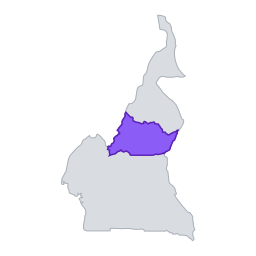 location of Adamaoua within Cameroon
{"feature_id": "CMR-1482", "entity_name": "Adamaoua", "entity_type": "Province", "adm_level": 1, "iso_a3": "CMR", "parent_name": "Cameroon", "parent_adm1": "", "projection": "robinson", "projection_center": [13.021, 7.091], "detail": "fine", "context": "in_parent", "style": "filled", "palette": "violet", "viewbox_px": 256, "rotation_deg": 0, "n_neighbors": 0, "source": "natural_earth", "source_scale": "10m", "svg_char_len": 7531}
<svg xmlns="http://www.w3.org/2000/svg" viewBox="0 0 256 256"><path d="M61.7,179.8L62.2,178.3L66.0,171.1L68.4,159.5L69.4,156.8L70.5,155.0L76.0,148.9L78.1,146.9L81.0,144.7L83.1,140.2L83.8,139.7L84.8,139.3L89.5,135.5L89.9,136.3L90.2,137.2L90.5,137.6L92.0,137.9L94.1,137.9L95.3,137.6L96.0,136.8L96.6,134.7L97.0,134.3L97.5,134.2L99.8,135.7L103.6,139.9L104.5,140.6L104.9,141.4L105.7,145.2L106.2,146.2L107.0,146.6L108.5,146.3L110.0,145.6L111.3,144.7L112.7,143.4L113.6,142.3L114.0,141.4L114.2,138.3L114.5,137.7L119.4,133.2L119.2,132.7L118.4,131.5L117.7,130.1L118.4,128.6L119.2,127.5L122.1,123.8L122.2,121.1L124.5,116.8L125.8,111.2L125.8,110.1L128.8,103.9L131.9,103.4L133.1,102.5L134.5,101.0L135.4,99.5L135.8,98.2L136.1,95.6L136.7,92.6L137.0,89.9L137.9,87.5L139.5,86.3L142.2,85.3L142.6,84.8L143.0,83.2L143.4,77.8L143.9,75.5L146.4,72.8L147.5,68.6L148.5,64.2L151.3,58.9L154.7,53.7L156.2,52.2L157.5,51.6L159.0,51.5L160.0,51.1L163.6,48.5L165.1,47.6L166.2,46.7L166.5,45.9L166.6,44.7L166.3,42.0L166.9,40.0L167.2,36.9L167.4,34.5L167.2,33.7L166.6,32.3L165.5,30.8L163.7,29.9L161.2,29.6L159.9,29.1L159.4,26.3L159.3,24.6L157.6,15.4L160.7,15.4L164.5,16.5L165.4,17.3L165.9,20.5L167.3,22.2L169.7,23.7L171.2,26.7L171.8,31.3L173.1,34.1L173.4,34.5L175.3,39.7L175.4,42.1L175.2,43.7L176.0,45.7L174.8,49.1L174.5,51.2L174.4,54.2L175.1,59.4L176.2,63.4L177.4,66.6L178.7,69.1L180.9,71.9L183.2,74.4L185.3,76.0L183.3,77.0L179.5,77.1L177.3,76.5L176.2,76.5L175.2,76.9L171.1,77.3L166.9,77.1L163.1,76.5L160.8,76.6L159.0,78.1L157.5,80.4L156.2,82.3L156.6,84.3L157.7,85.4L159.6,87.9L161.4,90.3L162.3,91.9L165.9,95.4L169.3,98.6L170.9,99.7L171.5,99.9L173.4,101.7L176.0,104.7L178.3,109.3L181.7,118.6L182.4,119.4L183.5,119.9L183.7,120.9L183.6,122.3L183.2,123.5L180.6,128.4L178.3,130.2L177.6,131.4L176.7,134.2L174.6,139.7L173.7,140.5L171.6,144.2L169.9,149.0L169.5,149.7L168.8,150.3L166.3,151.4L165.5,152.0L164.3,153.5L164.1,154.4L164.7,155.8L165.4,156.9L166.6,156.9L167.3,157.9L167.3,165.2L166.8,166.3L166.8,166.8L166.5,168.0L166.4,169.4L166.6,170.0L167.1,170.5L167.8,171.4L168.1,173.7L169.0,181.6L169.3,182.8L170.0,183.7L172.2,185.4L174.4,187.6L175.1,189.1L175.6,191.5L176.4,193.4L176.4,194.0L176.0,194.2L174.6,194.4L175.1,195.8L176.3,198.1L182.0,205.5L187.6,212.0L188.9,212.4L189.8,212.6L190.2,213.0L190.8,213.9L192.6,216.3L192.9,217.7L192.5,219.0L192.9,221.0L193.3,221.7L193.2,222.4L193.4,224.9L193.9,227.1L194.7,228.9L194.6,230.2L193.5,230.9L192.9,232.1L192.7,233.8L193.0,235.9L193.9,238.3L193.9,239.7L192.5,240.6L191.1,239.0L189.4,237.9L187.0,235.9L184.5,235.2L181.3,235.1L180.0,235.3L177.6,233.8L176.8,233.5L175.8,234.2L175.1,234.2L174.2,234.0L172.4,234.0L172.2,232.9L171.9,232.7L169.9,232.8L169.3,231.8L169.1,231.9L168.3,231.6L166.7,230.3L165.1,231.2L161.6,231.1L144.3,231.1L143.9,229.8L143.0,229.2L141.5,229.1L136.9,229.4L133.3,229.2L131.0,228.7L128.0,228.4L124.4,228.6L120.7,228.6L114.0,228.3L110.4,228.3L110.4,229.1L110.2,229.6L110.0,230.9L86.5,230.9L84.6,230.0L84.0,229.5L83.8,228.4L83.4,228.2L83.7,223.6L84.5,219.7L84.9,216.1L86.0,212.9L85.4,209.8L84.7,208.4L81.1,203.9L82.8,202.2L80.6,202.4L80.2,200.7L79.1,198.7L79.8,198.4L80.4,197.3L82.3,197.6L82.3,197.1L80.6,195.4L80.8,194.6L81.4,193.6L81.1,193.2L79.9,194.2L79.0,194.2L78.4,193.5L77.9,193.4L78.2,194.7L77.5,195.9L76.8,196.3L75.8,196.2L74.9,195.9L74.6,195.3L73.8,194.8L71.4,193.9L69.4,192.9L69.0,190.2L68.3,189.0L67.9,187.7L67.8,186.1L68.0,183.8L67.5,183.4L66.9,183.3L66.1,183.4L65.3,183.3L64.4,182.0L63.5,181.5L64.0,183.9L63.5,184.5L62.0,184.3L61.4,183.4L61.3,182.8L62.0,179.9L61.7,179.8Z" fill="#d9dde1" stroke="#a8b0b8" stroke-width="1"/><path d="M120.1,126.5L121.2,125.3L121.6,124.5L121.9,124.3L122.1,124.1L122.2,123.7L122.0,122.5L121.9,122.1L122.0,121.7L122.1,121.3L122.7,120.0L124.5,117.3L125.1,116.5L125.2,116.2L125.2,115.9L125.0,115.4L125.0,114.6L125.0,113.9L125.1,113.4L125.8,112.2L126.0,112.2L126.8,113.3L130.1,116.7L130.5,117.0L130.9,117.1L131.3,117.2L132.0,117.2L132.5,117.3L132.7,117.5L133.0,118.2L133.1,118.4L133.0,118.6L133.0,118.8L132.8,119.0L132.8,119.6L132.9,120.2L133.0,120.5L133.4,120.9L133.8,121.1L134.0,121.1L134.6,121.4L134.9,121.7L136.3,122.2L139.1,122.6L139.4,122.7L140.8,123.6L141.1,123.7L141.4,123.7L141.7,123.6L142.1,123.5L142.6,123.4L143.6,123.5L143.7,123.2L143.7,122.4L143.8,122.2L144.0,121.8L144.1,121.6L144.3,121.5L145.5,121.8L146.0,122.2L146.2,122.4L146.5,122.7L146.8,122.9L147.2,123.1L148.1,123.8L148.3,123.8L148.5,123.7L148.7,123.4L148.9,123.3L149.5,123.1L150.1,122.7L150.3,122.5L150.7,122.5L150.9,122.5L151.3,122.7L151.5,122.7L153.7,122.1L154.1,122.1L154.3,122.2L154.5,122.4L154.6,123.3L154.9,123.6L155.3,123.8L158.4,124.1L158.5,124.2L158.7,124.4L158.8,125.1L158.9,125.3L159.0,125.5L159.8,126.2L160.0,126.4L160.1,126.6L160.1,126.9L160.5,127.5L161.4,128.7L161.7,128.9L161.9,129.1L162.2,129.3L162.4,130.0L162.5,131.0L162.5,131.3L162.4,131.5L162.4,131.8L162.6,132.0L162.8,132.2L163.0,132.2L163.4,132.2L164.7,132.1L164.9,132.1L165.1,132.2L165.4,132.4L165.6,132.7L165.8,133.0L166.3,133.9L167.4,134.2L167.7,134.6L167.8,134.7L168.0,134.9L168.2,135.0L168.4,135.0L168.6,134.9L168.8,134.9L169.0,134.8L169.2,134.7L170.5,133.8L174.2,132.0L174.4,131.9L174.7,131.8L175.0,131.8L175.4,131.8L175.7,131.7L175.9,131.5L177.0,130.4L177.4,130.2L177.6,130.1L177.9,130.1L178.1,130.1L178.3,130.2L177.9,130.6L177.5,131.5L177.3,132.0L177.2,132.2L177.2,132.4L177.3,133.5L177.2,133.7L177.1,133.9L176.7,134.1L176.4,134.6L176.2,134.9L176.0,136.2L175.4,137.9L175.0,138.7L174.7,139.6L174.6,139.9L174.4,140.1L173.3,140.7L173.1,140.9L172.8,141.2L172.6,141.7L170.6,146.8L170.2,147.4L170.2,147.7L170.2,148.1L170.2,148.3L170.2,148.6L170.0,148.9L169.4,149.9L169.1,150.1L166.6,151.5L165.9,151.5L165.7,151.8L165.5,152.1L165.0,152.7L164.7,152.8L164.3,153.2L164.1,153.5L163.7,153.4L163.4,153.0L163.2,152.9L163.1,153.0L162.9,153.2L162.8,153.4L162.7,153.5L161.6,153.7L159.9,154.2L159.0,154.3L157.6,154.5L157.3,154.5L156.4,154.1L156.1,154.1L155.9,154.1L154.0,154.9L152.4,155.2L145.6,155.2L137.1,155.2L132.7,155.2L130.9,155.2L130.4,155.0L130.4,154.8L130.3,154.7L130.0,154.3L129.9,154.2L129.8,153.8L129.7,153.6L129.6,153.4L129.4,153.2L127.2,151.3L126.9,151.2L126.5,151.1L125.9,151.1L125.5,151.2L125.2,151.4L124.8,151.6L124.6,151.8L124.4,151.8L123.9,151.9L123.4,151.8L123.1,151.8L122.9,151.7L122.5,151.4L122.1,151.1L121.5,150.4L121.4,150.3L121.3,150.1L120.9,150.1L120.7,150.2L120.7,150.3L120.7,150.6L120.4,150.5L120.1,150.6L119.9,150.9L119.7,151.0L119.4,151.1L119.2,151.2L119.1,151.3L118.8,151.4L118.4,151.4L118.1,151.4L117.7,151.6L117.4,152.0L116.7,152.5L115.9,153.3L115.5,153.6L115.4,153.7L115.1,153.8L111.1,154.8L110.5,155.2L110.2,155.3L109.9,155.2L109.7,155.2L109.4,155.4L109.5,155.0L109.8,154.2L109.8,153.8L109.7,153.4L109.4,152.5L109.3,152.1L109.3,151.7L109.3,151.3L109.4,151.1L109.5,150.6L109.6,150.4L109.5,150.2L109.2,150.0L109.0,149.8L107.6,149.5L107.8,149.0L108.0,148.2L108.0,147.6L107.9,146.6L108.4,146.5L108.5,146.6L108.8,146.7L109.1,146.5L109.1,146.4L109.3,146.5L109.7,146.6L109.9,146.6L110.3,146.5L110.8,146.2L111.1,145.8L111.2,145.4L111.3,144.6L111.6,143.9L112.1,143.5L112.8,143.4L113.2,143.1L113.6,142.5L114.1,141.1L114.3,140.6L114.3,140.1L114.2,139.7L113.8,139.2L113.7,138.9L113.8,138.4L114.1,137.9L115.2,136.8L116.2,136.1L116.3,136.0L116.3,135.7L116.5,135.6L116.9,135.6L117.1,135.6L117.3,135.5L117.4,135.3L117.4,135.2L117.7,134.8L118.4,134.0L118.6,133.9L118.9,133.8L119.1,133.8L119.4,134.0L119.5,133.9L119.7,133.4L119.5,132.9L118.8,132.1L117.9,130.7L117.7,130.5L117.3,130.4L117.2,130.3L117.3,130.1L117.6,129.8L118.0,129.4L119.1,127.6L120.1,126.5Z" fill="#8b5cf6" stroke="#5b21b6" stroke-width="1.5"/></svg>